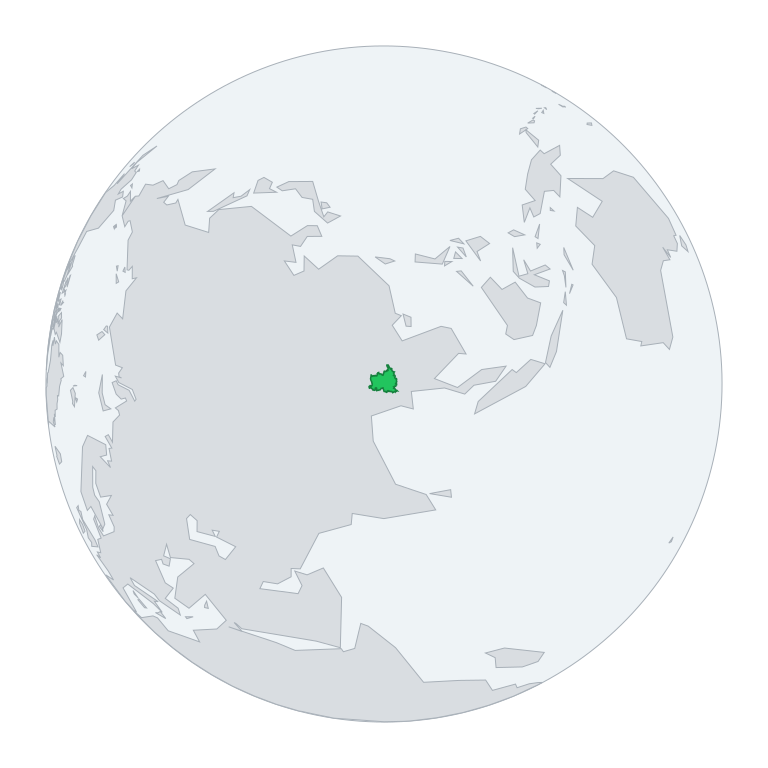 Shan highlighted on a globe, orthographic projection, rotated 280°
{"feature_id": "MMR-3277", "entity_name": "Shan", "entity_type": "State", "adm_level": 1, "iso_a3": "MMR", "parent_name": "Myanmar", "parent_adm1": "", "projection": "orthographic", "projection_center": [97.631, 21.717], "detail": "fine", "context": "on_globe", "style": "filled", "palette": "green", "viewbox_px": 768, "rotation_deg": 280, "n_neighbors": 0, "source": "natural_earth", "source_scale": "10m", "svg_char_len": 15635}
<svg xmlns="http://www.w3.org/2000/svg" viewBox="0 0 768 768"><g transform="rotate(280 384 384)"><circle cx="384" cy="384" r="338" fill="#eef3f6" stroke="#a8b0b8"/><path d="M705.8,486.8L705.2,488.9L705.0,489.4L705.8,486.8ZM525.0,76.9L524.1,76.5L532.7,83.8L546.1,91.9L534.8,86.4L567.4,106.9L579.0,119.1L559.3,102.1L552.2,98.1L556.8,104.1L550.5,101.5L549.1,103.2L541.2,99.9L530.3,91.3L525.0,89.3L528.5,93.8L522.8,94.1L518.4,87.6L508.0,87.7L487.9,75.7L482.6,64.7L464.9,59.0L442.0,51.2L437.5,50.6L426.0,48.7L416.6,47.7L415.5,47.5L443.7,51.4L471.5,57.6L498.6,66.1L525.0,76.9ZM413.5,47.4L408.8,47.1L412.0,47.5L410.4,47.7L405.1,47.5L402.2,46.8L404.4,46.8L400.8,46.6L401.6,46.5L398.3,46.4L396.7,46.3L413.5,47.4ZM393.5,46.2L390.4,46.3L381.5,46.1L393.5,46.2ZM557.2,98.9L553.9,95.8L559.2,99.9L557.2,98.9ZM550.3,104.1L553.2,106.0L551.3,106.2L550.3,104.1ZM537.3,101.5L533.3,101.7L535.5,99.9L537.3,101.5ZM529.7,100.9L520.0,102.5L525.7,106.5L504.2,96.9L519.6,98.2L521.4,95.1L524.5,98.6L529.7,100.9ZM415.3,47.9L411.7,47.3L419.6,48.2L415.3,47.9ZM420.8,48.5L447.6,52.6L450.4,54.0L440.9,51.9L448.4,54.6L436.6,53.1L429.8,51.4L430.3,50.6L425.4,50.8L420.8,48.5ZM493.9,91.9L490.0,91.4L492.1,90.3L493.9,91.9ZM410.4,47.9L415.5,48.3L418.3,49.4L408.5,48.8L410.7,48.6L410.4,47.9ZM456.1,56.3L456.5,57.5L447.0,56.4L445.9,56.9L436.5,53.3L456.1,56.3ZM407.4,48.2L403.4,48.6L397.3,48.0L405.5,47.6L407.4,48.2ZM423.1,50.1L424.0,50.7L420.3,50.1L423.1,50.1ZM373.4,47.4L379.5,47.2L381.5,47.6L373.4,47.4ZM402.3,48.8L404.5,49.1L405.9,49.4L402.1,49.6L402.3,48.8ZM430.5,53.1L426.5,52.6L433.9,54.4L427.1,54.3L422.1,52.1L421.4,53.0L419.3,53.0L417.6,51.3L430.5,53.1ZM402.6,51.0L394.0,49.1L382.2,48.9L380.1,48.4L399.4,48.8L402.6,51.0ZM411.6,51.2L405.6,50.9L406.0,50.0L410.4,49.8L411.6,51.2ZM424.3,55.1L436.0,55.9L436.6,56.4L424.3,55.1ZM399.1,51.0L401.3,51.6L398.2,51.1L399.1,51.0ZM416.4,53.9L420.5,53.9L421.2,54.5L416.4,53.9ZM402.3,52.8L399.5,52.0L402.3,51.7L402.3,52.8ZM408.7,53.4L408.6,54.2L405.1,52.0L410.4,53.3L408.7,53.4ZM416.4,54.4L418.1,54.7L414.6,54.3L416.4,54.4ZM393.0,55.0L387.8,52.4L394.1,51.4L398.3,54.0L393.0,55.0ZM113.1,182.0L117.4,176.7L111.8,185.8L115.5,196.8L114.3,201.6L103.5,214.3L98.0,247.2L108.4,239.0L113.7,261.9L123.9,269.7L145.8,244.5L129.3,230.9L136.7,215.2L158.1,214.4L174.1,228.1L177.5,222.5L176.0,203.8L188.4,197.7L176.5,196.8L174.8,204.0L167.3,204.0L168.4,197.7L172.7,195.4L170.4,189.7L150.2,203.1L146.4,211.9L134.9,205.8L127.4,220.2L121.1,223.5L131.5,200.6L137.2,194.3L149.2,167.6L142.2,173.3L130.4,199.5L130.2,195.6L120.6,205.3L127.7,195.0L142.5,166.4L137.9,162.4L116.9,179.5L117.5,176.9L124.8,167.2L147.8,143.0L144.0,151.7L152.1,144.8L166.0,130.7L163.6,135.1L168.8,130.9L168.7,134.3L181.3,129.1L183.1,132.2L200.5,121.5L203.8,122.0L192.6,127.9L185.7,134.2L191.7,143.8L196.5,143.1L207.4,135.7L207.6,140.0L217.4,131.7L226.9,134.9L223.4,124.6L236.1,117.4L248.6,115.3L252.1,111.4L231.7,115.1L224.2,118.4L218.6,124.0L197.5,133.4L192.8,132.3L212.5,116.6L208.0,113.8L225.4,104.2L269.8,98.0L281.9,101.0L275.9,120.5L265.9,123.2L263.1,117.2L254.2,129.2L260.4,125.1L260.7,129.1L272.8,124.4L273.6,127.1L283.9,118.5L286.2,121.3L279.6,126.7L299.5,123.7L307.5,129.0L311.7,127.1L313.8,123.6L322.6,133.5L325.3,131.8L323.5,127.8L327.5,122.0L338.2,116.0L340.7,119.7L337.1,122.3L333.5,134.1L323.8,141.5L325.9,142.5L334.9,137.1L339.4,122.6L345.1,118.0L344.4,124.5L345.1,121.8L348.7,120.8L354.6,123.5L356.0,116.4L392.4,103.7L407.5,108.9L402.8,115.3L430.9,113.7L445.6,121.8L443.9,117.8L456.1,115.7L451.7,113.0L451.8,111.1L481.2,107.0L490.0,109.8L500.7,105.6L499.9,103.8L493.9,101.4L504.2,96.9L525.7,106.5L526.6,109.9L539.4,114.5L539.7,122.0L545.9,131.1L538.9,138.1L544.4,145.5L548.8,146.6L559.6,158.3L566.5,180.3L541.5,157.4L527.2,128.1L531.4,139.0L524.7,135.5L522.6,139.0L526.1,147.5L530.0,149.0L506.0,160.6L502.8,185.0L517.0,183.5L527.1,191.1L535.9,222.6L513.5,266.6L526.7,281.1L528.3,290.8L518.6,297.1L516.0,282.8L505.0,277.9L505.1,269.5L488.5,276.2L487.9,264.5L475.3,276.4L481.4,285.6L496.2,283.2L485.7,299.7L502.2,316.1L505.4,336.1L481.6,371.9L455.6,382.8L454.3,389.2L443.3,381.9L429.6,394.4L450.7,430.2L450.4,440.5L427.8,459.6L427.1,452.1L398.1,432.7L393.3,457.0L415.2,477.7L422.8,501.1L406.1,493.5L398.4,472.8L388.1,465.3L390.6,444.3L381.4,412.2L364.5,417.2L365.5,404.5L350.3,377.1L325.9,383.3L287.3,412.8L282.5,444.7L269.0,456.8L251.4,407.2L251.0,375.2L239.9,376.1L225.6,345.8L187.4,333.6L186.2,324.6L178.0,326.0L168.7,313.9L168.5,299.4L160.9,297.3L162.6,335.8L171.2,338.3L184.3,328.6L182.7,341.4L192.3,356.2L166.5,379.3L116.7,386.8L119.0,362.1L118.3,286.4L122.3,280.1L122.6,279.3L123.1,277.8L115.6,287.4L117.9,273.2L110.6,323.0L106.2,342.8L115.9,387.9L113.3,390.5L118.5,401.1L144.2,402.7L142.8,410.5L126.3,441.2L97.1,474.8L105.1,509.3L110.1,535.5L101.1,544.0L111.3,565.6L108.0,567.8L114.0,579.1L116.6,587.2L117.6,591.6L114.4,587.7L99.1,565.8L85.7,542.7L74.1,518.7L64.4,493.7L56.7,468.2L55.3,462.3L51.4,442.8L46.2,392.6L46.8,371.9L47.3,359.8L47.2,356.9L49.9,333.4L54.3,310.1L60.2,287.2L67.8,264.8L76.9,243.0L87.6,221.8L99.6,201.4L113.1,182.0ZM183.6,258.3L198.0,266.2L204.2,245.7L210.3,247.4L210.2,240.2L204.6,244.3L206.2,225.5L217.0,223.7L221.8,215.9L217.2,212.9L197.2,219.6L194.7,245.9L186.0,251.4L183.6,258.3ZM197.6,107.7L193.3,111.6L187.1,115.1L184.9,113.8L193.8,108.5L197.6,107.7ZM188.7,116.6L208.9,102.8L211.1,103.9L206.5,105.5L205.9,107.6L198.2,110.8L180.5,126.3L173.9,130.6L173.4,124.4L177.2,123.6L181.2,119.5L188.7,116.6ZM256.8,74.4L265.6,70.8L259.0,77.4L251.5,80.1L248.8,78.3L256.0,74.2L256.8,74.4ZM370.4,46.4L369.9,46.4L369.6,46.4L370.4,46.4ZM364.0,46.7L377.2,46.3L396.5,46.6L398.1,47.2L394.1,47.7L389.7,47.7L390.0,47.1L383.9,47.6L381.1,46.8L376.1,47.2L352.1,47.7L355.2,47.4L339.0,49.1L364.0,46.7ZM314.3,53.3L321.7,52.0L323.4,52.5L329.3,51.2L331.9,51.2L326.1,52.3L336.5,50.8L337.1,51.3L349.9,51.4L364.5,50.1L369.5,50.5L364.1,51.3L373.0,51.3L366.2,53.4L369.6,53.9L366.4,57.0L353.9,59.1L358.8,59.6L356.5,62.6L346.4,65.0L348.6,62.2L335.9,67.3L332.9,64.8L331.7,65.5L325.4,64.9L315.7,65.7L315.9,64.4L312.0,65.4L307.8,65.4L302.5,66.4L301.0,64.7L294.4,66.0L297.4,64.5L286.5,67.5L293.9,64.6L289.2,64.9L284.5,67.5L289.1,60.2L285.3,60.8L314.3,53.3ZM391.6,55.8L377.4,57.7L368.8,57.6L378.0,52.4L375.8,51.6L381.5,49.3L393.8,49.8L391.1,50.3L391.3,51.0L387.3,50.5L390.6,51.4L387.0,52.4L388.6,53.5L383.5,53.7L391.6,55.8ZM119.2,198.6L119.4,201.1L121.1,203.2L115.1,209.8L119.2,198.6ZM128.8,179.1L129.9,179.8L122.2,189.1L122.1,187.1L128.8,179.1ZM137.0,172.7L130.5,179.1L133.9,174.4L137.0,172.7ZM194.3,128.4L196.2,129.2L193.9,131.2L189.8,133.1L194.3,128.4ZM307.9,83.1L310.6,80.6L312.8,80.5L323.4,76.3L326.4,78.3L321.2,81.6L307.9,83.1ZM139.3,247.0L132.5,249.9L132.7,246.1L135.0,245.8L139.3,247.0ZM120.3,228.9L121.6,236.5L118.7,230.6L120.3,228.9ZM313.0,84.5L317.0,82.4L316.0,84.8L313.0,84.5ZM329.1,79.7L329.1,82.1L328.0,78.1L329.1,79.7ZM276.8,692.1L283.6,695.3L278.6,694.4L276.8,692.1ZM144.9,548.5L147.5,588.4L137.5,583.9L129.4,569.4L124.2,543.6L133.8,541.0L136.7,530.6L144.9,548.5ZM505.2,551.0L514.8,551.6L514.4,553.0L505.2,551.0ZM495.3,546.8L506.4,546.5L493.3,550.0L495.3,546.8ZM510.7,546.4L522.0,542.8L526.8,540.1L525.9,543.1L510.7,546.4ZM487.7,547.3L445.9,548.2L429.2,544.5L433.2,539.3L460.3,540.3L487.7,547.3ZM431.9,539.1L406.2,524.0L370.3,478.4L383.1,479.8L420.5,507.7L418.2,512.3L433.7,524.3L431.9,539.1ZM493.6,510.4L491.1,524.2L468.1,523.9L457.6,521.9L450.3,504.3L454.4,495.2L463.1,495.4L496.0,463.1L507.6,470.2L497.6,483.8L507.1,495.5L493.6,510.4ZM284.0,447.9L291.5,468.0L284.2,470.1L284.0,447.9ZM508.8,440.4L495.8,454.9L507.5,435.9L508.8,440.4ZM515.3,422.6L516.4,429.6L510.8,423.1L515.3,422.6ZM454.4,399.0L445.3,400.7L444.8,395.7L456.2,390.6L454.4,399.0ZM507.6,353.2L508.4,368.1L507.0,373.2L502.4,364.4L507.6,353.2ZM344.5,105.0L326.3,108.0L315.2,112.9L312.1,119.3L308.7,112.1L325.8,104.6L344.5,105.0ZM386.2,103.2L388.9,98.5L392.9,100.4L392.9,101.7L386.2,103.2ZM384.1,100.5L377.6,95.4L382.5,92.7L386.7,97.2L384.1,100.5ZM344.6,88.2L339.1,88.8L340.0,86.7L344.6,88.2ZM567.2,660.4L571.7,653.2L581.6,649.4L573.4,657.2L567.2,660.4ZM543.9,636.7L480.4,660.3L467.6,659.1L473.2,651.8L466.1,630.3L470.6,630.5L470.6,615.0L509.5,597.9L538.1,568.1L556.9,567.5L572.9,545.4L591.5,543.8L584.4,560.6L601.8,567.2L618.3,529.2L624.3,564.0L633.8,573.1L630.9,593.7L596.5,635.4L581.2,645.8L580.3,643.6L573.3,648.5L565.6,649.4L565.4,639.7L558.4,644.4L567.1,634.7L556.0,644.0L553.9,637.7L543.9,636.7ZM674.8,538.9L676.3,538.8L677.1,543.0L674.8,543.8L674.8,538.9ZM701.6,498.4L701.1,500.5L700.0,503.0L701.6,498.4ZM705.0,489.4L703.8,492.7L705.8,486.8L705.0,489.4ZM688.6,511.9L688.9,513.6L688.1,514.9L688.6,511.9ZM688.1,511.6L689.8,507.3L688.9,511.0L688.1,511.6ZM682.5,496.6L683.9,494.1L684.2,495.3L682.5,496.6ZM528.9,550.6L542.6,538.9L549.7,537.3L528.9,550.6ZM681.2,493.3L678.2,494.4L678.7,492.2L681.2,493.3ZM681.9,488.4L681.8,485.7L683.0,491.6L681.9,488.4ZM676.4,484.6L679.8,488.1L675.9,485.5L676.4,484.6ZM674.0,486.3L671.2,485.2L671.5,484.2L674.0,486.3ZM638.6,501.7L649.5,515.5L639.9,517.9L629.4,510.0L619.8,522.1L598.8,524.7L604.1,517.5L601.6,508.5L579.0,508.2L574.5,502.5L582.8,497.1L567.5,494.1L584.3,489.0L590.9,501.0L600.3,489.3L615.8,489.0L630.4,490.3L641.5,497.2L638.6,501.7ZM583.8,517.6L586.6,517.1L583.9,521.4L583.8,517.6ZM665.9,480.2L669.9,484.9L669.3,486.6L667.3,486.4L665.9,480.2ZM644.1,494.3L656.3,480.3L659.0,479.6L650.9,494.0L644.1,494.3ZM653.7,474.1L659.0,474.0L661.7,479.2L660.5,481.2L653.7,474.1ZM549.5,509.9L548.7,513.6L544.3,511.3L549.5,509.9ZM555.3,507.2L568.6,509.5L554.0,510.4L555.3,507.2ZM513.6,498.2L517.6,506.5L530.6,500.0L520.7,508.7L529.2,522.1L526.1,527.6L517.7,513.1L514.3,529.0L508.6,529.1L505.7,515.8L511.7,498.9L517.4,491.7L540.6,487.0L513.6,498.2ZM555.3,496.7L551.8,487.0L554.4,480.0L558.3,484.9L555.3,496.7ZM540.7,463.6L530.6,452.6L521.9,457.8L539.2,439.8L546.1,453.3L540.7,463.6ZM531.6,438.2L523.4,443.0L531.6,432.7L531.6,438.2ZM521.1,439.1L519.8,430.9L526.5,431.5L521.1,439.1ZM535.9,438.3L536.8,424.0L540.5,432.1L535.9,438.3ZM516.0,412.5L530.9,425.1L512.2,420.6L509.6,393.4L517.5,392.3L516.0,412.5ZM548.7,300.2L545.7,292.7L552.3,290.4L552.5,296.1L548.7,300.2ZM571.1,278.6L553.1,287.5L538.2,295.7L543.7,298.7L541.9,312.0L532.7,300.5L541.9,285.5L553.5,281.7L553.5,270.9L560.9,263.0L556.6,250.2L559.3,244.3L566.8,255.1L571.1,278.6ZM554.2,244.9L549.4,222.5L562.6,224.6L566.6,229.9L563.3,239.0L556.5,237.3L554.2,244.9ZM552.1,218.0L545.5,216.4L524.4,186.0L523.3,180.3L546.3,203.1L541.3,203.1L544.1,210.6L552.1,218.0ZM492.1,93.3L490.2,91.5L494.0,92.9L492.1,93.3ZM449.0,109.7L449.8,107.3L454.2,108.5L449.0,109.7ZM454.3,101.6L448.8,101.7L453.6,100.0L454.3,101.6ZM436.6,102.8L446.1,101.1L438.5,105.0L436.6,102.8Z" fill="#d9dde1" stroke="#a8b0b8" stroke-width="1"/><path d="M397.1,391.8L396.9,391.6L396.8,391.4L396.4,391.5L396.2,391.6L396.0,392.0L395.9,392.1L395.5,392.1L395.2,392.2L394.8,392.2L394.3,392.0L394.0,391.8L393.9,391.9L394.1,392.2L394.3,392.6L394.4,392.8L394.5,392.9L394.4,393.2L394.0,393.5L393.2,393.7L392.9,393.5L392.6,393.4L392.2,393.4L392.0,393.5L391.8,393.6L391.7,393.8L391.6,394.3L391.7,394.5L391.6,395.0L391.5,395.3L391.2,395.4L391.0,395.6L390.8,395.4L390.5,395.2L390.2,395.5L389.5,395.7L389.4,395.8L389.1,395.9L389.0,396.0L388.8,395.8L388.5,396.0L387.8,395.9L387.4,396.1L387.2,395.8L387.0,395.7L386.7,395.4L386.3,395.3L386.2,395.3L386.1,395.8L386.1,396.1L386.1,396.3L385.9,396.3L385.8,396.5L385.4,396.6L385.2,396.3L385.2,396.2L384.9,396.2L384.7,396.1L383.9,396.0L383.8,395.8L383.6,395.6L383.8,395.1L383.6,395.0L383.4,394.7L383.1,394.8L382.7,394.5L382.7,394.4L382.4,394.7L382.0,394.8L381.8,394.6L381.8,394.3L381.6,394.2L381.4,394.2L381.4,394.8L381.3,395.5L381.2,395.7L380.6,396.1L380.3,396.3L380.1,396.6L380.0,396.8L379.9,397.1L380.1,397.4L380.1,397.6L379.9,397.9L379.6,398.3L379.6,398.0L379.5,397.8L379.1,397.5L378.8,397.4L378.7,397.1L378.7,396.9L378.6,396.7L378.3,396.6L378.0,396.5L378.1,396.4L378.4,396.2L378.6,396.0L378.6,395.9L378.4,395.7L378.1,395.3L377.9,395.0L377.6,395.0L377.5,394.9L377.4,394.7L377.2,394.3L377.0,394.1L377.3,393.9L377.4,394.0L377.5,393.9L377.6,393.7L377.5,393.3L378.0,392.8L378.0,392.7L377.7,391.9L377.6,391.6L377.7,391.4L377.7,391.1L377.9,391.1L378.0,391.0L378.0,390.6L377.9,390.6L377.7,390.3L377.5,390.2L377.5,389.8L377.8,389.6L378.1,389.6L378.2,389.3L378.2,389.2L378.1,388.9L377.8,388.7L377.6,388.8L377.4,388.6L377.2,388.6L376.4,388.3L376.2,388.1L376.2,387.8L376.3,387.6L376.3,387.4L376.6,387.2L376.8,387.3L377.0,387.2L377.0,386.9L376.9,386.7L376.7,386.1L376.6,385.5L376.9,385.3L376.9,385.2L377.6,384.9L378.0,384.7L378.3,384.7L378.5,384.5L378.8,384.1L379.0,384.0L379.4,383.9L379.5,383.7L379.7,383.9L379.9,383.9L379.9,383.5L379.7,383.3L379.7,383.1L379.5,382.9L379.4,382.6L379.3,382.4L379.2,381.9L378.7,381.8L377.7,381.4L377.7,381.0L377.6,380.8L377.5,380.6L377.4,380.3L377.3,380.2L376.9,380.1L376.9,379.4L376.7,379.2L376.7,378.9L376.4,378.5L376.4,378.2L376.2,377.9L376.6,377.7L377.0,377.7L377.3,377.6L377.5,377.7L378.1,377.5L378.4,377.5L378.6,377.5L378.7,377.4L378.8,377.2L379.0,376.8L379.0,376.7L378.8,376.6L378.5,376.6L378.3,376.4L378.3,376.2L378.2,376.2L377.9,376.1L377.0,376.3L376.6,376.3L376.3,376.1L376.2,375.8L376.0,375.5L376.0,375.4L376.2,375.1L376.2,374.8L376.3,374.6L376.2,374.3L376.3,374.3L376.5,374.3L376.5,374.2L376.7,373.9L376.8,373.9L376.8,373.7L376.9,373.4L377.3,373.0L377.5,372.6L377.6,372.3L377.7,372.2L377.9,372.0L378.2,371.4L378.1,371.1L378.0,370.8L378.0,370.5L377.8,370.4L377.7,370.4L377.4,370.6L377.3,370.4L378.4,369.8L378.8,369.7L379.0,369.8L379.0,370.1L379.1,370.4L379.7,370.7L380.0,370.6L380.1,371.0L380.1,371.3L380.0,371.6L379.9,371.7L379.4,371.9L379.4,372.0L379.9,372.2L380.1,372.1L380.6,372.3L380.6,372.5L381.1,372.6L381.5,372.4L381.8,372.4L382.0,372.3L382.3,372.3L382.3,372.2L382.6,372.0L382.9,372.0L383.1,371.8L383.9,371.6L384.1,371.5L384.1,371.4L384.4,371.2L384.7,370.9L385.0,370.8L385.4,370.4L386.6,369.9L387.0,369.8L387.8,369.9L388.1,369.8L388.3,369.8L388.7,369.8L389.1,370.1L389.4,369.9L389.7,369.9L389.8,369.8L390.4,369.8L390.6,369.7L390.7,369.8L390.6,370.0L389.9,370.6L389.6,370.7L389.6,370.9L389.6,371.1L389.6,371.6L389.7,371.8L390.2,371.9L390.3,371.9L390.3,372.3L390.6,372.8L390.3,373.1L390.2,373.3L390.3,373.6L390.6,373.6L390.8,374.0L390.8,374.3L390.6,374.4L390.6,374.5L390.9,374.5L390.7,375.2L390.7,375.4L391.6,375.5L391.7,375.8L391.8,375.8L392.1,375.8L392.5,375.8L392.5,376.0L393.0,375.9L393.1,375.6L393.3,375.7L393.5,375.9L393.6,376.0L394.0,376.0L394.1,376.3L394.3,376.7L394.4,376.8L394.2,376.9L393.8,376.8L393.7,376.8L393.7,377.2L393.5,377.5L393.4,377.7L393.1,377.9L393.1,378.0L393.4,378.7L393.4,378.8L393.3,379.1L393.4,379.4L393.3,379.5L393.0,379.9L392.8,380.0L392.8,380.3L392.7,380.5L392.6,380.8L392.4,381.1L392.4,381.3L392.4,381.5L392.9,381.7L393.5,381.7L393.9,381.5L394.2,381.7L394.4,381.6L394.9,381.8L395.1,382.0L395.3,381.9L395.9,382.0L396.0,382.1L396.1,381.9L396.6,382.0L396.8,382.5L396.7,382.7L396.5,383.1L396.6,383.6L396.7,383.9L396.8,384.0L397.0,384.1L397.4,384.1L397.6,384.1L397.8,384.3L397.6,384.4L397.5,384.6L397.5,384.8L397.5,385.0L397.7,385.3L397.9,385.5L398.0,385.6L398.3,385.4L398.6,385.3L398.8,385.0L399.1,385.0L399.3,385.2L399.4,385.4L399.5,385.4L400.1,385.4L400.4,385.3L400.9,385.0L401.1,384.7L401.3,384.4L401.6,384.2L401.8,384.0L402.4,383.8L402.9,383.5L403.1,383.5L403.1,383.9L403.3,384.0L403.4,384.3L403.3,384.7L403.4,384.9L402.5,385.6L401.9,385.9L401.7,386.2L401.5,386.3L401.4,386.3L401.2,386.2L400.8,387.1L400.5,387.8L400.0,387.9L400.1,388.1L400.0,388.3L399.9,388.6L399.9,388.8L400.0,388.8L400.5,388.7L400.6,388.8L400.4,389.1L400.0,389.2L399.2,389.1L398.9,389.4L398.7,389.4L398.2,389.9L398.2,390.1L398.0,390.3L397.9,390.8L397.8,391.7L397.6,391.9L397.6,392.1L397.4,392.0L397.3,391.8L397.1,391.8Z" fill="#22c55e" stroke="#15803d" stroke-width="1.5"/></g></svg>